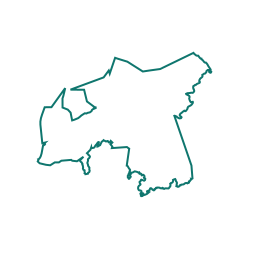 San Miguel del Puerto, Oaxaca, Mexico, rotated 253°
{"feature_id": "50627088B61133778664315", "entity_name": "San Miguel del Puerto", "entity_type": "district", "adm_level": 2, "iso_a3": "MEX", "parent_name": "Mexico", "parent_adm1": "Oaxaca", "projection": "natural_earth1", "projection_center": [-96.143, 15.951], "detail": "fine", "context": "isolated", "style": "outline", "palette": "teal", "viewbox_px": 256, "rotation_deg": 253, "n_neighbors": 0, "source": "geoboundaries", "source_scale": "gbopen_adm2", "svg_char_len": 5755}
<svg xmlns="http://www.w3.org/2000/svg" viewBox="0 0 256 256"><g transform="rotate(253 128 128)"><path d="M59.4,126.8L60.5,129.4L60.8,129.0L60.8,127.9L61.0,127.6L61.4,127.6L61.9,127.7L62.3,130.4L62.6,130.7L63.7,131.5L63.8,131.8L63.7,132.3L63.4,132.7L62.6,133.1L61.8,133.4L60.8,134.5L60.9,134.9L61.3,135.7L61.5,135.9L61.9,135.8L62.1,137.0L62.6,137.3L62.6,137.6L62.2,138.0L62.5,138.5L62.3,139.3L61.7,140.7L61.4,141.0L61.0,141.3L60.5,142.3L60.7,143.5L60.4,143.8L59.9,143.7L59.8,143.8L59.6,144.0L59.6,144.6L59.2,145.0L59.4,146.0L59.3,146.4L58.4,148.9L58.4,149.2L58.8,149.9L59.2,150.3L59.7,151.3L60.2,151.4L60.7,151.8L61.3,152.1L62.3,152.0L62.8,152.9L62.7,153.7L63.2,155.0L64.7,155.9L65.2,155.9L65.4,157.1L65.4,158.2L64.8,158.4L63.3,158.3L61.7,158.8L60.9,158.7L60.2,158.1L59.9,158.0L59.1,158.0L58.8,157.9L58.3,157.2L58.1,157.3L57.8,157.9L57.2,158.4L57.1,158.8L57.1,159.5L58.0,160.8L58.1,161.1L57.9,161.2L57.7,161.5L58.2,162.4L58.2,162.9L57.9,163.9L57.9,165.0L58.4,166.1L58.5,167.4L58.3,167.9L57.7,168.6L58.1,169.7L57.8,170.0L58.0,170.4L58.7,170.4L59.1,170.6L59.2,171.0L59.1,171.6L60.0,172.6L60.2,173.4L60.4,173.6L60.8,173.6L60.6,173.9L60.9,174.9L73.5,177.7L126.1,175.9L126.1,176.2L124.7,177.9L123.9,178.2L122.7,179.3L122.6,179.6L122.2,179.9L121.9,181.4L122.0,181.7L122.5,182.3L123.0,182.3L124.6,181.2L125.0,181.2L125.4,181.3L126.4,182.3L126.8,183.7L127.5,185.1L127.9,186.4L128.1,186.9L127.4,187.5L127.3,188.0L127.6,188.7L129.1,190.6L129.9,190.9L130.5,191.5L130.8,192.0L130.9,192.8L131.3,194.7L131.8,195.8L132.9,197.2L133.7,197.6L134.1,197.6L134.2,197.3L134.3,195.7L135.1,195.3L136.8,195.1L138.2,195.1L139.7,196.0L140.5,196.0L141.4,195.5L143.2,193.6L143.7,193.6L143.9,195.0L143.8,195.6L143.6,196.0L143.6,196.5L143.3,197.9L143.3,198.7L142.7,200.2L143.1,201.2L143.9,202.1L144.2,202.2L145.3,202.2L145.6,202.3L145.8,202.3L146.2,202.0L146.6,202.0L147.5,202.1L148.8,202.6L149.1,203.0L149.1,204.0L149.5,204.5L149.6,204.9L149.4,205.5L150.0,206.8L150.2,209.1L150.4,209.8L151.0,210.2L152.0,209.8L153.2,210.5L154.1,211.5L155.0,213.7L155.2,214.0L155.6,214.3L157.1,214.6L157.4,216.0L157.7,216.6L157.7,217.1L157.6,217.8L158.2,218.7L158.5,219.2L159.2,219.5L159.5,219.7L159.9,220.5L160.2,221.3L159.8,222.3L159.3,222.5L158.1,222.0L157.8,222.0L156.8,222.8L156.7,223.1L156.7,223.3L156.9,223.6L157.4,224.1L158.9,223.6L159.3,223.6L159.8,224.1L160.2,224.0L163.4,223.0L164.6,222.7L165.5,222.6L165.9,222.4L166.9,222.1L167.4,221.7L167.8,221.6L168.1,220.7L168.7,220.2L171.2,219.2L172.0,218.5L172.6,218.2L172.8,218.1L173.0,218.3L173.5,217.5L173.7,217.4L174.8,216.9L176.6,216.3L176.7,216.2L176.7,215.8L176.9,215.4L177.1,214.9L177.7,214.2L178.6,213.7L179.1,213.3L179.9,212.8L180.7,212.6L175.0,176.0L176.5,166.7L177.7,158.7L191.6,146.8L197.5,138.1L198.9,136.2L185.3,126.4L188.6,126.4L183.5,119.5L181.5,84.2L177.4,97.2L165.4,96.5L156.8,102.8L156.9,103.0L156.7,103.0L156.7,102.9L156.7,101.5L156.4,101.6L156.2,99.8L155.9,99.0L155.6,98.7L155.0,98.3L154.6,97.5L154.1,96.1L154.3,93.6L154.0,92.6L154.7,90.9L153.6,87.0L152.8,85.3L152.0,83.2L151.6,79.0L151.6,76.8L159.5,77.6L163.2,75.8L166.7,71.4L175.4,74.0L177.5,75.5L184.5,79.6L170.3,60.9L172.2,54.4L165.9,49.7L162.8,47.6L159.8,46.1L156.8,45.2L138.5,41.6L138.3,44.7L138.0,44.1L137.5,43.7L136.8,43.9L136.4,43.4L136.3,42.9L136.5,42.5L136.1,42.1L136.2,41.7L128.9,37.9L126.4,36.2L125.2,35.0L124.3,33.6L124.3,33.0L123.8,33.1L122.4,31.9L120.1,33.2L116.8,38.8L115.1,42.7L116.5,47.9L115.3,51.8L116.2,54.7L114.1,64.4L113.0,65.1L111.1,69.5L113.5,77.0L111.1,72.5L110.9,72.4L110.7,72.7L110.1,72.7L109.1,73.2L108.7,73.6L108.4,73.7L107.7,73.7L107.1,74.0L106.3,73.8L106.2,73.6L105.4,73.8L103.3,73.5L102.7,73.1L101.3,73.1L101.0,73.2L100.3,74.1L100.0,74.1L99.5,73.8L98.3,73.6L97.3,73.7L97.2,73.5L96.9,73.8L96.3,73.8L96.3,74.2L96.1,74.7L96.1,75.8L96.0,76.2L96.0,76.3L96.7,76.6L96.9,77.0L97.0,77.7L97.2,78.1L97.7,78.5L98.1,78.6L98.5,78.9L99.4,78.8L101.4,79.5L103.5,78.8L104.6,79.0L106.5,78.9L108.4,80.2L109.7,80.5L110.0,80.8L110.6,82.1L111.1,82.7L111.7,83.2L112.2,83.2L113.4,82.7L113.8,82.3L114.2,82.3L115.9,81.4L118.2,85.7L120.4,87.3L119.5,87.2L119.3,87.9L119.1,89.5L119.4,90.3L120.3,91.2L121.1,92.2L121.2,92.6L121.9,93.5L123.0,94.9L123.2,95.5L123.1,95.9L122.9,96.0L120.3,94.3L119.8,93.7L119.2,93.3L119.1,93.6L119.5,94.8L119.6,95.6L119.8,96.4L120.3,96.8L122.5,98.8L122.8,99.6L122.9,100.0L123.1,100.3L123.5,101.1L122.9,101.4L122.5,102.1L121.6,102.9L121.5,103.2L121.6,103.9L121.5,104.8L120.9,105.2L120.2,105.2L119.6,105.7L119.5,106.5L119.7,106.9L120.2,107.2L120.7,107.7L118.7,108.8L117.5,106.5L114.8,107.6L113.5,106.7L110.1,121.4L108.3,122.7L107.9,123.1L92.4,115.8L92.0,116.4L90.1,116.9L89.1,117.1L87.7,117.7L87.2,117.7L86.4,117.1L86.0,117.1L85.8,116.9L85.6,116.5L84.2,115.7L84.0,115.3L83.5,114.8L82.8,114.6L82.3,113.8L80.8,113.4L80.5,114.0L79.5,113.8L79.2,113.9L79.1,114.2L79.2,114.4L79.5,115.0L80.0,115.3L80.4,115.8L80.5,116.3L80.8,116.4L82.0,115.9L82.4,116.2L83.1,117.2L84.0,117.8L84.4,117.9L84.1,118.8L84.1,119.4L84.3,120.6L84.6,121.6L84.4,122.1L83.4,123.8L82.5,124.7L82.4,125.1L82.4,125.8L82.0,125.9L81.6,125.8L81.2,125.5L80.9,125.6L80.7,125.9L80.7,126.8L80.3,127.2L79.6,127.3L78.9,127.2L78.6,127.4L78.6,127.7L78.9,128.7L78.5,129.2L77.2,129.7L76.3,129.4L76.2,129.1L75.9,128.7L75.6,128.7L74.9,129.5L74.4,129.7L73.3,129.1L73.0,128.4L72.9,128.0L73.3,127.4L73.9,126.8L74.7,125.6L74.6,125.3L73.6,124.6L73.2,123.4L72.4,123.1L71.7,123.2L71.0,123.5L70.3,123.4L70.1,123.1L69.5,121.5L68.7,120.6L67.9,120.2L67.2,120.0L66.2,120.0L65.5,120.2L65.0,120.6L64.5,121.9L63.6,122.4L62.8,122.2L62.0,121.2L61.7,120.7L61.4,120.6L61.1,120.7L60.9,121.4L61.3,122.8L61.2,123.2L60.8,123.5L60.3,123.3L60.0,122.9L60.0,121.6L59.8,120.8L59.4,120.5L59.0,120.7L58.8,121.5L58.8,121.9L59.0,122.2L59.2,123.4L59.2,125.4L59.4,126.3L59.4,126.8Z" fill="none" stroke="#0f766e" stroke-width="2"/></g></svg>